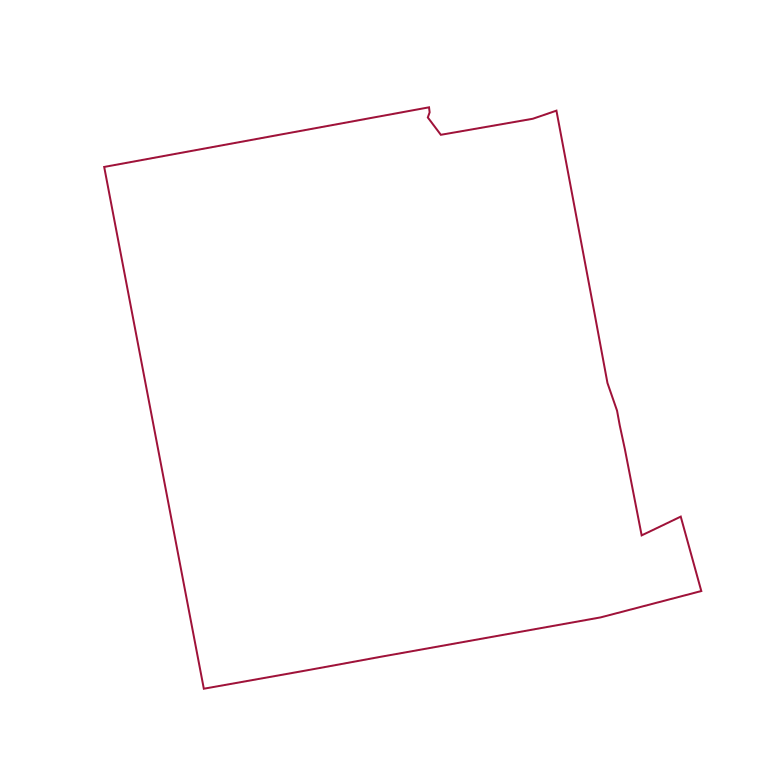 the district of Warren, Ohio, United States of America, rotated 165°
{"feature_id": "52423323B78802175284896", "entity_name": "Warren", "entity_type": "district", "adm_level": 2, "iso_a3": "USA", "parent_name": "United States of America", "parent_adm1": "Ohio", "projection": "mercator", "projection_center": [-84.252, 39.422], "detail": "fine", "context": "isolated", "style": "outline", "palette": "rose", "viewbox_px": 768, "rotation_deg": 165, "n_neighbors": 0, "source": "geoboundaries", "source_scale": "gbopen_adm2", "svg_char_len": 406}
<svg xmlns="http://www.w3.org/2000/svg" viewBox="0 0 768 768"><g transform="rotate(165 384 384)"><path d="M458.2,121.4L235.2,102.5L131.1,101.9L131.7,179.1L174.3,171.1L168.2,258.8L167.0,283.0L165.8,297.9L167.9,327.1L162.1,401.0L146.7,603.4L171.6,601.7L264.6,610.0L272.7,630.1L269.6,634.6L268.9,639.6L598.1,666.1L636.9,136.3L532.8,127.4L458.2,121.4Z" fill="none" stroke="#9f1239" stroke-width="2"/></g></svg>